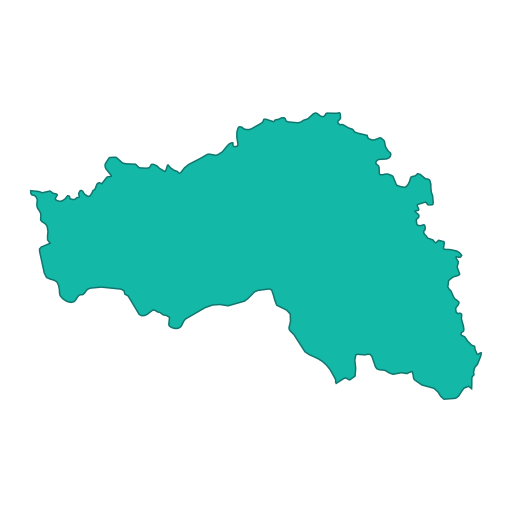 map outline of Belgorod (orthographic projection)
{"feature_id": "RUS-2370", "entity_name": "Belgorod", "entity_type": "Region", "adm_level": 1, "iso_a3": "RUS", "parent_name": "Russia", "parent_adm1": "", "projection": "orthographic", "projection_center": [37.593, 50.613], "detail": "fine", "context": "isolated", "style": "filled", "palette": "teal", "viewbox_px": 512, "rotation_deg": 0, "n_neighbors": 0, "source": "natural_earth", "source_scale": "10m", "svg_char_len": 6035}
<svg xmlns="http://www.w3.org/2000/svg" viewBox="0 0 512 512"><path d="M71.6,302.4L69.2,302.1L66.9,301.4L64.7,300.1L62.5,298.5L60.1,295.6L59.5,292.9L59.4,289.7L58.6,285.5L57.2,282.4L55.2,280.7L52.8,279.8L50.4,279.2L46.6,277.5L44.3,273.1L39.6,251.4L39.5,249.1L41.3,247.0L50.1,243.3L47.6,239.9L47.5,236.0L48.0,231.6L47.2,226.6L46.2,224.8L45.0,223.6L42.2,221.8L40.7,220.2L40.6,218.3L40.9,216.2L40.7,213.7L39.8,211.5L37.6,208.2L36.9,206.0L36.9,203.2L37.2,201.0L37.1,199.0L35.8,196.6L34.5,195.6L31.9,194.9L30.9,193.7L30.7,190.7L38.2,191.4L40.2,191.9L41.4,192.6L42.5,192.7L50.1,191.0L52.9,193.2L56.4,194.0L57.1,194.5L57.3,195.1L55.6,197.8L55.4,199.1L56.0,200.0L57.2,200.6L60.0,201.4L62.6,200.6L65.2,198.8L67.6,195.7L69.2,196.1L69.6,196.6L69.8,198.4L70.3,198.8L73.2,199.6L74.8,199.4L76.9,197.6L78.6,197.4L79.1,197.1L79.4,196.3L78.7,194.6L78.6,194.0L78.7,193.4L79.9,191.0L81.0,190.4L82.6,191.1L83.8,193.2L84.9,194.5L87.7,196.2L89.1,196.4L90.5,195.3L92.3,192.3L92.8,190.8L95.0,189.2L96.7,184.7L97.5,183.4L99.3,182.7L101.8,183.7L106.8,177.3L107.8,176.8L111.3,176.4L111.4,175.7L106.0,168.9L105.3,167.4L105.0,165.1L105.6,163.2L109.2,157.8L110.1,157.5L115.2,157.2L116.4,157.5L122.7,163.1L126.2,163.8L135.5,164.2L138.9,167.5L140.3,167.9L146.6,168.2L148.5,167.9L149.6,167.4L151.3,164.6L151.8,164.3L153.7,164.4L156.8,165.8L159.4,168.3L164.8,171.5L165.9,170.3L167.5,165.2L168.1,165.0L170.5,167.8L174.1,170.3L177.0,171.3L178.0,172.0L178.5,172.9L179.8,173.2L180.5,172.9L184.5,167.8L188.6,164.5L200.4,158.4L207.3,154.4L209.2,154.1L215.6,155.3L217.6,154.8L222.3,151.9L227.3,145.8L229.5,143.7L231.9,142.7L232.7,142.7L233.0,143.1L232.9,145.1L233.1,145.7L233.9,146.5L235.0,146.7L237.4,146.2L238.0,144.5L236.8,137.0L236.9,132.6L237.3,130.4L238.0,128.2L238.9,127.0L239.7,126.7L242.1,127.3L243.5,128.6L244.7,129.2L248.2,129.7L251.3,128.9L261.6,123.0L262.9,121.8L263.8,119.4L264.6,119.2L265.8,119.2L273.3,121.6L274.0,121.5L275.1,120.0L275.7,119.8L278.6,119.3L281.4,117.9L283.5,117.7L284.4,117.9L285.3,118.8L285.9,120.9L288.2,121.9L297.7,122.8L300.8,122.1L303.4,120.3L307.7,118.9L313.5,113.7L314.5,113.3L315.7,113.0L316.6,113.2L317.6,113.8L320.2,115.9L321.9,116.6L323.6,116.5L324.4,116.0L325.0,115.4L325.9,113.6L327.1,113.1L336.4,113.3L339.3,112.8L339.8,113.0L340.3,114.0L340.5,116.8L340.5,118.1L339.9,119.3L338.2,120.9L337.9,121.4L337.8,122.6L339.6,124.7L342.1,124.5L343.4,124.9L348.7,128.0L352.0,129.0L353.3,130.0L354.4,131.8L357.2,133.0L367.2,135.4L367.5,136.8L368.3,138.4L370.1,139.3L372.2,139.9L374.2,140.0L380.1,137.7L381.6,138.4L383.8,140.4L384.5,141.5L385.2,145.5L385.8,147.3L388.2,151.1L390.5,153.1L390.8,154.2L390.5,155.8L390.2,156.5L389.6,157.4L388.0,158.4L386.2,159.0L379.1,159.4L377.5,160.1L376.2,161.4L375.8,163.0L376.1,163.8L378.6,166.0L379.1,167.9L379.2,171.9L379.4,173.7L379.6,174.3L380.1,174.6L382.3,174.8L385.3,174.1L387.9,174.0L391.9,175.6L392.7,176.2L393.3,177.2L396.1,184.2L396.7,185.2L400.1,186.5L404.3,187.3L406.0,186.8L408.1,184.4L409.6,181.3L410.4,178.4L410.9,177.2L412.7,176.4L414.9,176.0L416.5,174.9L417.5,173.7L420.2,174.4L424.9,178.3L426.0,178.9L428.4,179.2L429.7,180.1L430.8,184.0L430.9,188.4L431.3,192.1L432.6,195.8L433.2,202.4L433.0,204.2L432.1,204.8L428.2,204.9L427.1,203.9L426.5,202.7L425.2,202.2L417.8,204.4L417.4,204.7L417.3,205.5L417.6,206.6L418.5,208.6L418.7,209.7L418.5,210.3L415.1,211.0L415.9,212.4L418.5,214.5L418.9,215.5L418.9,216.3L418.5,217.6L416.3,219.5L416.3,220.1L416.8,224.2L417.8,225.3L419.3,225.6L421.0,225.6L423.8,224.7L424.6,225.2L425.1,226.9L425.2,229.0L424.8,230.1L424.0,230.8L423.8,231.4L423.7,232.7L424.5,234.2L426.4,236.2L427.5,238.0L432.8,239.9L433.4,240.4L434.5,242.2L435.5,242.7L436.4,242.4L438.3,240.5L438.8,240.3L443.6,241.6L444.1,242.0L444.3,242.8L443.5,248.1L443.7,248.8L444.4,249.3L450.2,249.6L456.4,250.9L459.3,252.5L461.7,255.3L460.8,256.8L460.4,257.1L459.1,257.4L456.5,256.7L456.1,257.0L456.0,257.6L456.6,259.0L458.2,261.5L458.3,262.4L458.0,263.9L457.3,265.8L457.3,267.0L457.4,267.9L459.7,274.0L458.6,275.3L452.9,277.1L448.9,280.3L448.5,281.3L448.2,284.5L447.8,286.5L447.9,287.2L449.3,289.3L450.8,290.6L453.4,296.5L454.2,298.0L454.9,298.9L457.0,300.3L458.8,302.0L459.0,302.7L458.8,303.6L457.8,305.4L456.2,307.3L455.7,308.6L456.1,312.1L457.8,313.6L459.4,313.2L460.7,313.4L461.6,314.3L461.7,315.1L461.4,318.9L463.4,325.9L463.9,329.5L463.6,330.8L463.3,331.3L461.4,332.6L461.0,333.9L461.1,334.6L461.6,335.3L464.8,336.9L467.4,340.8L471.5,345.1L474.6,346.3L475.1,349.6L477.1,354.1L477.9,354.4L480.3,352.9L481.3,352.9L481.1,354.4L480.5,356.7L477.6,364.0L476.8,365.2L475.6,366.4L474.9,367.3L474.2,369.2L473.5,372.7L474.0,374.3L473.9,374.9L472.1,376.9L471.8,379.2L471.8,385.0L471.6,388.7L468.7,386.3L464.3,388.0L462.3,390.3L458.8,395.8L456.7,397.7L454.7,398.4L443.9,399.2L440.7,396.3L437.9,391.9L433.9,388.3L421.9,385.0L414.9,380.1L414.1,379.3L413.5,377.8L413.1,374.9L412.1,371.4L412.1,371.0L411.9,371.5L409.1,372.5L407.0,373.6L401.4,372.7L393.1,374.3L388.9,372.8L386.2,371.0L384.2,370.2L379.1,369.7L376.8,368.7L375.4,366.7L371.9,356.5L370.3,354.5L368.1,354.2L365.0,354.9L357.7,354.3L355.9,354.7L354.8,360.0L355.7,368.3L355.1,376.0L349.8,379.9L348.6,379.6L346.5,378.2L345.2,378.0L343.8,378.5L336.2,383.4L335.7,382.3L335.6,379.6L333.7,376.0L330.0,369.5L326.4,365.0L322.5,361.5L318.1,358.7L309.0,354.5L304.9,351.7L294.0,334.7L290.0,330.7L289.2,329.4L289.0,327.5L290.5,321.4L290.2,314.0L286.7,310.1L276.7,305.2L274.9,300.5L273.3,294.7L271.7,290.1L269.4,288.9L258.0,290.4L254.6,291.8L248.0,298.5L244.6,301.1L228.1,305.8L220.0,304.5L212.5,305.0L205.0,307.7L186.0,318.7L184.5,320.0L183.5,321.7L181.6,325.5L180.6,326.9L178.4,328.2L175.9,328.6L173.2,328.1L170.8,327.1L169.1,325.7L168.8,324.1L169.4,318.4L169.7,317.7L169.4,317.3L166.7,315.6L163.1,314.8L160.0,312.5L157.5,311.9L155.1,310.4L154.0,310.1L152.7,310.1L147.1,314.4L144.4,315.6L141.6,315.7L139.1,314.3L128.1,295.9L124.9,294.2L124.1,290.9L121.0,289.1L101.3,287.1L90.6,288.1L88.5,288.8L86.9,289.9L84.6,293.0L83.3,294.3L82.3,294.7L80.1,294.8L79.1,295.2L77.2,297.4L75.9,299.7L74.3,301.5L71.6,302.4Z" fill="#14b8a6" stroke="#0f766e" stroke-width="1.5"/></svg>